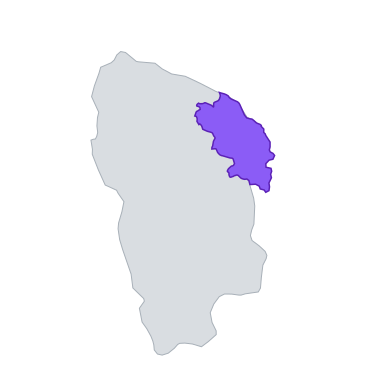 Bhutan, with Gasa highlighted, rotated 77°
{"feature_id": "BTN-2437", "entity_name": "Gasa", "entity_type": "District", "adm_level": 1, "iso_a3": "BTN", "parent_name": "Bhutan", "parent_adm1": "", "projection": "robinson", "projection_center": [89.927, 28.037], "detail": "fine", "context": "in_parent", "style": "filled", "palette": "violet", "viewbox_px": 384, "rotation_deg": 77, "n_neighbors": 0, "source": "natural_earth", "source_scale": "10m", "svg_char_len": 3585}
<svg xmlns="http://www.w3.org/2000/svg" viewBox="0 0 384 384"><g transform="rotate(77 192 192)"><path d="M303.5,167.4L302.9,169.8L300.4,176.3L298.7,183.3L300.1,189.0L306.0,195.9L313.7,201.4L323.6,201.8L332.7,199.7L336.4,200.5L341.4,209.7L344.9,217.6L340.2,225.8L337.6,233.0L336.7,238.0L337.3,240.2L340.3,244.4L343.7,251.4L344.2,257.8L342.1,262.1L337.4,264.3L332.4,263.6L328.2,263.7L323.1,264.5L315.0,266.8L307.5,269.9L293.4,269.4L287.7,263.0L285.0,263.0L272.2,271.2L258.3,269.8L232.8,272.5L222.2,273.2L211.2,272.3L205.7,270.5L195.4,264.7L186.1,260.5L176.6,264.3L173.3,265.1L165.7,275.0L149.2,278.3L132.8,280.7L128.0,279.4L118.7,278.8L118.4,276.4L118.6,274.2L116.5,272.4L112.8,270.5L106.3,269.8L98.1,267.3L93.3,264.9L76.5,268.4L66.6,263.2L55.5,256.0L49.9,252.9L47.9,241.7L45.9,238.1L41.5,234.4L39.1,229.9L41.1,225.4L52.2,216.9L53.1,214.9L58.2,199.1L65.4,193.3L72.4,185.3L77.7,172.6L88.0,159.5L99.3,146.2L107.0,135.3L112.2,130.2L122.7,124.7L131.6,121.5L137.7,114.3L145.1,110.2L152.7,108.4L163.9,109.4L174.5,112.0L186.2,115.6L187.5,118.5L186.5,123.7L184.9,128.9L184.8,131.6L186.6,133.1L198.0,134.1L211.9,133.3L219.7,134.0L237.2,138.9L242.3,142.3L247.6,144.9L252.8,144.4L259.4,138.8L266.3,134.1L270.6,133.3L273.7,134.8L279.2,139.4L290.7,143.6L301.0,146.9L304.3,149.9L303.2,163.0L303.5,167.4Z" fill="#d9dde1" stroke="#a8b0b8" stroke-width="1"/><path d="M101.2,142.9L101.6,142.3L103.7,138.4L105.0,136.6L106.5,135.1L108.4,134.4L110.2,132.9L114.4,127.3L116.0,126.2L117.7,125.7L128.7,123.6L132.1,122.0L133.8,118.9L134.4,117.2L135.8,116.0L138.9,113.9L139.7,113.0L141.1,110.9L141.9,110.0L142.9,109.5L143.6,109.8L146.8,107.9L150.1,108.7L151.8,107.6L153.5,107.4L160.9,104.7L165.7,105.8L168.4,107.2L170.5,106.8L172.6,104.4L175.0,103.3L178.3,105.8L178.3,109.7L181.0,113.7L184.5,114.3L186.7,109.7L189.7,109.7L192.4,111.4L196.0,111.4L200.5,115.0L204.4,115.3L208.0,116.7L208.9,120.2L206.2,121.3L204.4,124.8L201.4,125.2L198.7,128.3L197.8,133.9L193.6,134.0L193.1,134.5L191.7,135.6L191.5,137.8L190.9,139.2L189.9,140.8L189.1,141.5L186.2,143.3L185.6,144.3L185.5,145.2L185.7,145.8L185.6,146.7L185.7,147.2L185.9,147.7L186.1,148.2L186.1,148.7L186.2,149.7L186.3,150.4L186.3,151.0L186.1,151.5L185.6,151.9L184.6,152.0L184.0,152.1L183.5,152.1L182.2,151.8L181.6,151.8L181.1,152.0L180.6,152.5L180.1,152.8L179.6,152.9L178.8,152.4L177.5,151.2L175.8,148.2L175.6,147.5L175.6,147.2L175.6,146.9L175.7,146.7L175.6,146.2L175.3,145.5L173.8,144.2L172.3,144.3L169.3,144.5L168.9,144.6L168.4,144.9L168.0,145.5L167.4,147.3L163.5,154.2L163.2,155.0L162.6,155.8L161.8,156.7L159.9,157.8L158.9,158.2L157.1,158.5L156.6,158.6L156.2,158.7L155.8,158.7L155.4,159.1L155.1,159.5L154.6,163.0L153.1,162.6L152.7,162.3L151.7,161.5L147.4,159.7L145.2,157.8L144.7,157.4L144.2,157.4L143.6,157.5L142.5,158.1L141.8,158.3L141.2,158.4L140.8,158.5L139.6,158.7L139.1,158.9L138.6,159.4L138.0,160.2L136.3,163.4L133.3,167.4L130.7,167.6L129.2,167.9L127.4,169.1L127.9,170.1L124.3,171.3L122.6,170.7L121.9,170.5L121.3,170.5L120.2,170.6L119.6,170.8L119.3,170.9L118.6,172.2L115.2,170.1L114.9,169.8L114.5,169.3L114.4,168.5L113.7,166.7L113.4,165.5L111.5,165.3L110.8,165.7L110.6,166.0L110.0,166.8L109.4,167.9L109.1,168.0L108.8,168.0L108.5,167.8L108.2,167.7L107.9,167.5L107.7,167.2L107.3,166.6L107.2,166.3L106.9,165.6L107.7,164.7L108.2,162.5L108.3,161.6L108.2,160.9L108.1,160.3L107.9,159.5L108.1,158.9L108.6,158.1L111.7,153.8L112.2,153.3L112.7,153.0L113.1,152.7L113.8,152.2L113.9,151.9L113.6,151.7L111.3,151.2L110.1,150.7L109.6,149.7L109.0,146.2L107.9,144.6L105.4,143.1L104.6,142.8L103.4,142.7L101.2,142.9Z" fill="#8b5cf6" stroke="#5b21b6" stroke-width="1.5"/></g></svg>